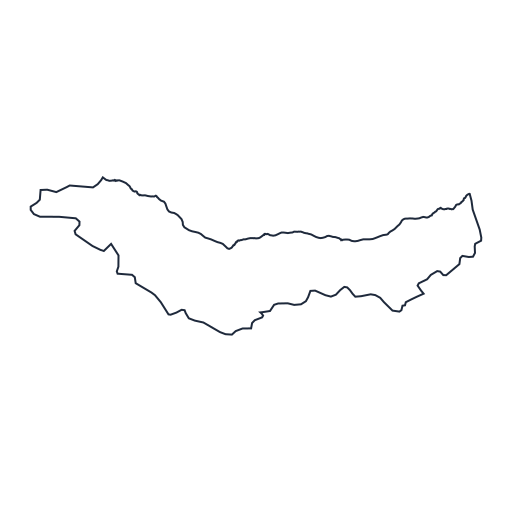 outline of Colonia Lavalleja, Salto, Uruguay
{"feature_id": "84410073B14700525843011", "entity_name": "Colonia Lavalleja", "entity_type": "district", "adm_level": 2, "iso_a3": "URY", "parent_name": "Uruguay", "parent_adm1": "Salto", "projection": "albers", "projection_center": [-56.948, -31.083], "detail": "fine", "context": "isolated", "style": "outline", "palette": "slate", "viewbox_px": 512, "rotation_deg": 0, "n_neighbors": 0, "source": "geoboundaries", "source_scale": "gbopen_adm2", "svg_char_len": 5399}
<svg xmlns="http://www.w3.org/2000/svg" viewBox="0 0 512 512"><path d="M151.4,292.5L155.0,295.2L160.8,302.2L168.5,314.4L170.6,314.7L176.4,312.6L181.6,309.8L184.6,310.2L185.7,313.1L188.8,318.3L194.8,320.6L203.4,322.5L220.0,332.1L225.5,334.2L231.9,334.6L235.7,331.1L242.5,328.5L251.1,328.4L252.1,323.0L254.8,320.2L262.1,317.4L263.1,315.6L261.6,313.5L260.4,312.4L262.3,312.2L270.0,311.0L274.1,304.8L278.1,303.5L287.7,303.3L294.2,304.9L301.0,304.3L305.9,301.2L308.1,297.2L310.4,290.9L315.1,290.6L325.4,295.2L330.9,296.6L335.9,294.7L340.3,290.0L344.3,286.9L347.2,287.4L350.0,290.2L352.6,293.8L355.3,296.7L361.1,296.2L370.7,294.3L375.3,295.1L380.2,297.8L383.9,302.1L392.5,310.6L399.4,311.6L401.4,310.2L402.5,305.7L405.0,305.3L405.8,302.2L411.3,299.4L416.7,296.8L423.6,293.7L421.0,290.5L417.6,285.6L418.8,283.3L427.1,279.3L430.8,274.9L437.2,271.1L440.2,271.6L443.3,275.1L446.2,275.2L459.4,264.1L460.2,258.1L462.4,255.9L468.8,257.0L473.0,256.7L475.0,252.9L474.7,246.4L475.2,243.8L481.1,240.7L481.3,237.6L479.7,229.6L472.7,209.6L471.5,200.7L469.7,193.9L469.3,193.8L468.8,194.0L468.2,194.3L467.2,194.9L466.1,196.0L465.6,197.2L465.0,198.0L464.3,198.1L463.9,198.6L463.8,198.9L463.7,199.3L463.7,199.9L463.7,200.0L463.3,200.3L463.0,200.8L462.1,201.7L461.7,201.8L461.3,202.1L460.9,202.9L460.6,203.2L460.3,203.4L459.4,203.8L459.0,204.3L458.5,204.4L458.0,204.4L457.6,204.4L457.3,204.4L457.0,204.5L456.6,204.8L456.0,205.1L455.5,206.2L455.1,206.9L454.5,207.5L454.2,208.0L453.5,208.8L453.2,209.1L452.8,209.1L452.1,209.2L451.5,209.3L450.9,209.0L450.4,208.9L449.8,209.0L448.8,208.5L447.1,208.5L446.5,209.0L446.2,209.0L445.3,209.0L444.6,209.3L443.2,209.2L442.1,208.8L441.3,208.4L440.7,207.8L440.0,208.1L439.6,208.7L438.2,208.9L437.6,209.3L436.9,210.3L436.2,211.3L435.1,211.8L434.5,212.5L433.2,213.2L432.1,214.4L431.8,215.4L430.8,215.6L429.9,216.1L428.8,217.0L427.3,217.5L426.2,217.5L424.5,217.1L423.1,216.9L422.7,217.1L421.5,217.4L419.3,218.3L417.1,218.6L415.0,218.8L412.6,218.5L409.8,218.4L407.5,218.6L405.9,218.6L404.9,218.7L404.1,219.0L403.4,219.3L401.9,220.5L400.9,222.4L399.4,224.5L397.5,226.1L396.1,227.5L394.6,229.0L392.5,230.4L390.3,231.6L388.7,233.0L387.9,234.1L386.8,234.6L384.6,234.9L383.1,235.1L380.0,236.2L377.3,237.3L375.0,238.2L372.7,239.0L369.8,239.3L368.2,239.3L365.5,239.3L363.4,239.3L360.3,240.1L357.8,240.9L355.0,241.3L353.7,241.2L351.7,240.9L349.2,239.7L346.8,239.5L344.2,239.6L342.1,239.9L342.0,240.2L341.4,240.2L341.5,239.9L341.4,239.6L341.0,239.3L340.2,239.1L339.3,238.3L337.8,237.9L335.4,237.1L332.8,236.9L331.3,236.4L328.9,235.8L327.2,236.0L325.2,237.1L322.7,237.8L320.6,238.1L318.7,237.8L316.1,237.0L314.1,236.0L311.3,234.5L310.3,234.2L308.5,233.8L307.1,233.3L306.5,233.3L305.8,233.2L304.0,232.8L303.3,232.5L302.9,232.3L302.4,232.1L301.8,232.0L301.2,231.7L300.7,231.6L299.3,231.7L298.6,231.6L297.5,231.8L295.4,231.7L294.0,231.7L293.5,232.0L292.3,232.5L291.0,232.6L290.1,232.7L287.9,233.1L285.8,232.8L283.4,232.5L282.8,232.5L281.6,232.5L279.9,233.2L277.9,234.2L275.5,235.3L273.2,235.7L271.6,235.4L270.1,235.2L268.9,234.5L267.7,233.9L266.8,234.2L265.8,234.0L265.0,233.8L264.6,233.9L264.3,234.1L264.3,234.4L264.4,234.6L264.4,234.8L264.2,235.0L263.9,235.0L263.4,235.0L262.7,235.6L261.1,236.8L259.6,237.8L259.0,238.0L258.3,238.2L256.0,238.4L254.5,238.1L253.9,238.3L253.3,238.1L250.4,238.1L247.9,238.6L246.3,239.1L245.0,239.4L243.7,239.3L242.6,239.7L241.3,240.1L241.0,240.1L240.8,240.1L240.4,240.1L239.6,240.5L239.1,240.7L238.7,240.6L238.5,240.4L238.3,240.4L238.1,240.5L237.3,241.0L237.2,241.6L236.9,241.9L236.6,242.1L236.2,242.1L235.9,242.2L235.7,242.6L235.6,243.1L235.2,243.8L234.7,244.1L234.5,244.7L234.4,245.0L234.1,245.2L233.8,245.3L233.7,245.1L233.4,245.2L233.1,245.6L232.9,246.1L232.5,246.5L232.2,246.9L232.0,247.3L231.6,247.7L231.1,248.0L230.5,248.3L229.8,248.6L229.1,248.9L227.4,248.3L226.1,247.0L224.5,245.5L222.8,243.9L220.4,242.9L217.4,242.1L214.5,240.9L211.1,239.4L208.3,238.5L205.2,237.6L203.0,235.8L200.9,234.0L198.3,232.7L195.4,232.0L192.1,231.3L189.0,230.2L186.8,228.8L184.4,227.3L182.9,224.9L182.7,222.0L181.5,219.1L179.6,217.1L177.7,215.1L176.0,214.0L174.2,213.0L171.3,212.5L169.0,211.5L167.4,209.4L166.3,206.3L165.4,203.6L164.0,201.7L161.0,200.6L159.0,199.0L157.9,197.7L157.0,197.0L156.8,196.5L156.6,196.2L155.8,195.7L154.2,196.5L152.2,196.4L151.1,196.5L147.8,196.0L145.5,195.4L144.5,195.3L143.4,195.4L141.9,195.4L141.1,195.2L140.4,195.0L140.2,194.9L140.0,195.2L139.8,195.3L139.4,195.2L138.9,194.6L137.8,193.8L137.3,193.3L137.3,192.8L137.0,192.0L136.4,191.5L135.5,191.3L134.8,191.6L133.4,191.1L132.4,190.4L132.0,189.4L130.8,188.6L130.1,187.1L129.4,186.0L128.2,185.1L127.9,184.8L126.0,183.1L122.8,181.6L119.6,180.4L119.0,180.3L118.3,180.4L117.1,180.4L116.8,180.8L116.7,180.8L116.2,180.7L115.9,180.4L115.6,180.4L115.6,180.8L115.4,180.9L115.1,180.5L115.0,180.0L114.8,179.9L114.3,180.3L114.1,180.5L113.9,180.6L113.5,180.3L113.2,180.3L112.9,180.3L112.5,180.5L111.1,180.7L109.7,180.8L109.2,180.8L108.5,180.5L107.8,180.3L107.2,180.1L106.7,180.1L106.3,180.0L102.8,177.4L101.1,180.2L97.7,184.2L93.0,187.4L69.7,185.5L66.7,187.1L56.3,192.1L47.2,189.7L40.6,190.0L39.8,199.7L36.6,202.9L30.7,206.6L30.7,209.9L33.9,214.1L39.9,216.7L59.2,216.8L75.8,218.3L79.5,221.6L79.4,225.2L74.6,230.9L75.6,234.3L92.5,246.0L100.5,249.9L103.8,251.0L111.1,243.9L118.5,255.4L118.4,266.7L116.8,271.4L117.6,273.7L132.0,274.8L134.8,277.2L135.7,283.2L151.4,292.5Z" fill="none" stroke="#1e293b" stroke-width="2"/></svg>